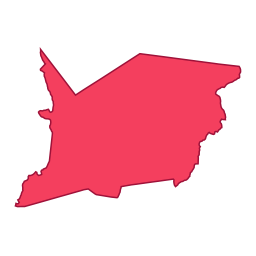 Euclides da Cunha, Bahia, Brazil
{"feature_id": "56859067B4723677873776", "entity_name": "Euclides da Cunha", "entity_type": "district", "adm_level": 2, "iso_a3": "BRA", "parent_name": "Brazil", "parent_adm1": "Bahia", "projection": "robinson", "projection_center": [-38.934, -10.468], "detail": "fine", "context": "isolated", "style": "filled", "palette": "rose", "viewbox_px": 256, "rotation_deg": 0, "n_neighbors": 0, "source": "geoboundaries", "source_scale": "gbopen_adm2", "svg_char_len": 3455}
<svg xmlns="http://www.w3.org/2000/svg" viewBox="0 0 256 256"><path d="M214.5,133.9L214.9,131.9L216.0,131.4L217.4,132.0L218.2,131.0L218.7,130.0L219.9,129.3L220.8,128.1L221.8,127.6L221.8,126.4L221.6,124.8L221.2,123.6L220.3,122.6L220.1,121.4L220.8,120.4L221.5,119.2L222.9,119.5L225.4,119.7L225.3,118.3L225.6,117.3L225.3,115.6L225.1,114.2L224.4,112.8L224.1,111.3L223.4,110.0L222.7,109.5L221.7,108.3L221.0,106.6L220.7,104.8L220.4,103.1L220.6,101.6L220.5,99.9L220.2,98.7L219.9,97.3L218.9,96.1L218.0,95.7L216.8,94.8L215.9,94.3L215.6,92.9L216.2,91.4L217.0,90.1L217.9,89.4L219.2,88.7L220.2,88.3L221.0,87.5L222.6,87.1L224.2,87.4L225.3,86.1L226.2,84.8L227.2,84.0L228.5,83.2L230.3,82.5L232.0,82.1L233.3,81.3L234.6,80.3L235.8,79.9L236.7,79.3L237.7,78.3L238.8,78.2L239.6,77.4L239.6,75.9L239.3,74.6L239.8,73.4L240.5,72.3L240.6,71.3L240.5,69.5L240.1,68.2L239.1,66.4L218.1,64.0L214.6,63.5L176.6,58.5L161.6,56.5L139.9,53.7L131.8,58.9L101.9,78.2L83.9,89.6L75.5,95.1L63.8,79.7L40.6,49.4L40.7,51.2L40.4,52.3L40.6,53.8L40.9,55.8L41.6,57.2L42.1,58.6L42.8,60.3L43.8,61.6L44.6,63.2L45.4,63.9L43.6,65.8L40.4,69.2L40.6,70.4L42.1,71.0L44.5,72.8L44.2,74.1L44.2,75.2L44.3,76.3L44.8,77.3L45.2,78.4L45.8,81.0L46.2,82.4L46.7,83.3L47.2,84.7L47.4,86.2L47.7,87.2L47.9,88.8L48.6,90.4L49.7,91.4L50.3,92.8L50.6,94.4L51.4,95.5L52.2,96.8L52.2,98.1L52.2,99.2L52.5,100.3L53.3,101.6L53.2,102.8L53.5,104.2L53.5,105.6L53.1,107.3L52.9,109.1L52.7,110.8L51.8,111.8L50.7,112.3L49.8,111.8L49.0,110.3L48.4,109.3L47.2,109.6L45.3,110.3L43.9,110.3L42.5,110.9L40.3,110.7L39.3,111.2L38.5,112.1L38.9,113.4L39.8,114.7L40.5,115.8L41.5,116.8L43.2,117.3L44.7,118.4L46.2,118.8L47.2,118.8L48.3,118.9L49.7,119.3L50.5,120.1L50.7,121.3L50.8,122.5L50.6,123.7L50.4,124.8L49.8,125.8L49.8,127.2L50.2,128.4L51.0,129.6L51.5,131.0L52.3,132.1L52.4,133.5L52.3,134.7L51.9,138.5L49.4,161.2L48.6,162.8L47.9,164.4L47.3,165.9L46.3,167.8L44.8,168.5L43.3,169.1L42.8,170.0L41.6,170.2L41.0,171.5L41.5,173.0L41.6,174.5L40.0,175.1L38.7,175.5L37.7,174.7L37.0,173.9L36.8,172.4L35.7,171.8L34.5,173.2L33.3,174.3L32.3,174.9L30.7,175.5L28.9,175.5L28.2,176.7L28.3,178.5L27.4,179.9L26.1,180.6L24.3,181.3L23.8,182.5L22.7,184.1L22.5,185.5L22.7,186.9L22.8,188.2L22.7,189.3L22.9,190.6L22.0,192.1L21.5,193.3L21.2,194.8L20.5,196.1L20.2,197.2L19.5,198.7L18.7,199.4L17.8,199.9L18.4,201.1L19.2,202.4L18.2,203.7L17.2,203.8L16.0,203.4L15.8,204.7L15.4,205.9L17.4,206.6L21.9,206.5L24.7,206.5L40.7,202.0L60.3,196.4L63.2,195.6L80.2,190.8L83.9,189.7L86.8,189.2L88.4,189.0L89.8,190.1L95.0,193.9L96.3,194.6L110.9,197.0L117.1,197.7L118.0,196.9L118.4,195.8L119.0,194.7L119.4,193.4L120.0,192.3L120.2,191.0L120.5,189.2L121.0,187.8L121.2,186.6L131.5,184.8L136.2,184.2L151.3,182.1L159.6,181.0L163.8,180.4L173.3,179.1L174.0,179.9L173.8,181.4L174.0,183.3L174.5,185.2L175.5,186.6L176.7,185.7L177.7,184.9L178.4,183.6L179.6,182.7L181.2,181.7L182.8,181.4L183.8,180.7L184.8,180.2L185.8,180.2L186.8,179.6L187.9,178.6L188.8,177.2L189.8,176.3L189.8,175.1L190.2,173.9L190.4,172.6L191.7,171.7L192.3,170.4L193.3,169.0L194.1,167.5L194.2,166.0L194.6,164.5L195.7,163.8L196.8,163.9L198.1,163.8L198.3,158.0L198.1,156.3L199.1,154.9L199.2,153.2L199.2,151.7L199.7,150.0L199.4,148.1L200.3,146.6L199.4,145.7L199.1,144.6L199.2,143.5L199.8,142.0L200.7,141.4L201.8,141.3L203.0,140.1L204.2,140.0L205.3,139.0L205.7,137.9L206.0,136.6L206.8,134.9L207.6,134.3L208.2,133.1L209.2,132.4L209.9,133.2L211.2,133.7L212.4,134.1L213.6,134.4L214.5,133.9Z" fill="#f43f5e" stroke="#9f1239" stroke-width="1.5"/></svg>